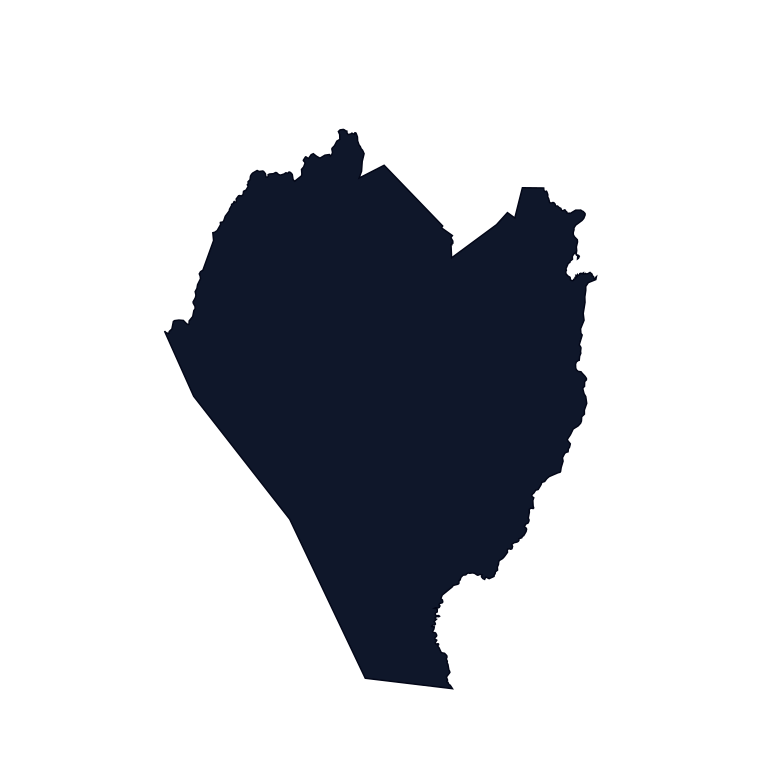 Mosfellsbær, Höfuðborgarsvæði, Iceland, rotated 124°
{"feature_id": "244011B92465939344192", "entity_name": "Mosfellsbær", "entity_type": "district", "adm_level": 2, "iso_a3": "ISL", "parent_name": "Iceland", "parent_adm1": "Höfuðborgarsvæði", "projection": "mercator", "projection_center": [-21.613, 64.146], "detail": "fine", "context": "isolated", "style": "filled", "palette": "ink", "viewbox_px": 768, "rotation_deg": 124, "n_neighbors": 0, "source": "geoboundaries", "source_scale": "gbopen_adm2", "svg_char_len": 6171}
<svg xmlns="http://www.w3.org/2000/svg" viewBox="0 0 768 768"><g transform="rotate(124 384 384)"><path d="M200.2,563.0L201.9,560.3L205.9,557.4L209.0,558.9L214.1,558.3L217.6,558.9L218.4,558.6L220.8,556.2L223.2,555.5L225.1,555.9L224.4,556.9L224.3,557.6L227.3,560.9L232.6,563.4L232.9,567.3L232.6,571.4L234.6,572.6L239.2,572.7L239.4,573.3L239.3,575.3L239.4,575.9L240.0,576.1L243.6,576.0L244.0,575.5L244.4,573.7L245.2,572.9L249.0,572.0L252.2,572.4L256.0,569.4L257.6,568.8L265.9,571.4L265.4,573.7L261.7,577.1L261.1,578.6L261.0,580.6L261.6,581.4L263.1,581.5L263.7,583.3L264.1,583.7L265.4,584.0L268.6,586.5L269.2,588.0L269.3,588.7L268.9,590.6L269.0,591.6L269.4,592.2L271.5,593.3L273.8,596.2L275.2,597.1L276.6,596.1L277.8,596.3L278.3,597.8L276.0,599.9L275.1,602.6L275.2,603.6L277.5,606.2L277.8,606.8L277.8,608.2L278.0,608.6L282.5,610.8L284.3,611.1L286.4,610.9L289.5,609.3L292.4,609.8L293.7,608.6L295.3,608.7L295.7,607.6L296.2,607.1L300.3,606.8L302.8,608.2L305.8,606.7L307.9,607.4L308.6,609.2L309.3,609.8L313.3,610.0L314.7,608.7L316.2,608.4L316.6,609.2L316.5,610.2L317.5,610.3L318.1,609.6L320.3,610.8L321.0,610.2L325.5,609.8L327.1,609.1L333.7,609.4L338.4,608.1L340.4,608.4L340.8,609.4L341.6,610.0L343.3,608.6L350.1,608.1L352.9,609.2L354.3,610.5L360.4,605.5L390.9,597.8L393.5,598.9L396.0,598.7L397.3,596.8L399.3,595.0L405.9,594.1L409.4,592.5L413.0,592.2L415.4,589.7L416.6,589.1L418.2,588.6L422.7,588.2L423.6,587.4L425.3,584.1L427.1,582.7L429.5,582.7L435.0,580.3L440.6,580.8L443.4,579.2L444.3,579.6L444.4,581.5L443.5,585.9L445.7,589.8L448.5,593.0L449.9,593.6L457.0,590.6L460.5,591.4L462.4,590.7L462.7,590.8L463.3,593.4L462.9,595.5L500.6,534.9L548.8,386.6L638.4,235.0L598.3,156.9L596.7,160.7L596.9,162.0L595.5,164.3L595.7,164.9L595.5,165.6L594.0,165.7L592.0,168.4L586.3,168.1L585.4,169.0L584.8,170.3L580.6,174.3L580.0,175.7L578.4,176.5L577.2,178.6L575.1,179.1L574.1,180.1L573.4,183.2L574.5,185.8L574.3,187.0L571.9,190.9L571.3,192.8L570.9,193.2L569.7,192.9L569.1,193.4L569.1,194.0L570.1,194.9L570.5,196.0L569.7,196.9L566.9,197.0L566.9,199.4L566.0,199.9L563.8,199.4L562.8,199.8L561.7,201.6L561.6,202.7L562.3,203.8L562.2,204.9L562.0,205.4L559.3,205.6L557.2,206.5L558.4,208.9L557.9,209.2L556.2,208.5L555.5,207.3L554.4,207.1L553.7,207.7L552.8,209.7L549.7,209.0L550.0,210.2L549.1,211.0L547.6,210.4L546.8,209.6L546.3,208.4L545.5,208.1L545.4,209.2L546.7,210.8L546.8,211.8L546.1,212.9L545.5,213.2L544.6,213.2L543.2,212.4L541.0,213.8L540.8,214.9L541.8,216.9L540.8,216.4L539.2,213.8L538.4,213.3L536.7,213.5L536.3,215.0L535.6,215.1L534.9,215.1L532.8,213.4L531.8,213.4L530.4,214.8L530.1,216.9L526.4,217.7L513.7,213.9L512.4,214.1L508.7,210.8L507.6,210.4L505.0,211.8L503.9,211.3L501.4,212.1L498.3,211.6L496.5,209.5L495.0,209.3L493.4,208.3L493.0,207.1L491.1,205.0L490.3,203.1L490.3,200.0L490.0,199.2L488.2,198.0L487.4,195.8L489.3,195.4L490.0,193.2L489.7,191.3L487.5,191.7L487.0,191.1L486.6,188.0L482.0,185.2L480.6,185.9L479.2,185.8L477.4,186.6L474.8,185.8L472.3,187.7L469.6,188.2L467.4,189.4L465.9,189.7L462.4,188.1L459.9,187.7L454.5,187.5L452.7,188.9L451.4,188.9L450.4,187.9L450.3,186.9L450.0,186.4L449.0,185.8L446.7,186.6L445.6,188.4L443.0,187.5L440.6,185.3L439.3,184.7L438.3,184.7L436.9,185.6L434.4,183.8L433.0,184.1L431.6,183.4L426.9,183.7L424.6,184.6L424.0,185.5L423.8,187.4L423.5,188.0L420.3,188.0L419.0,186.9L417.0,187.1L415.6,187.7L414.5,189.4L409.0,191.8L406.9,193.4L404.9,193.0L403.8,190.7L403.0,190.6L401.8,192.1L397.3,195.5L394.6,196.2L394.5,196.3L394.6,197.9L394.1,199.0L392.5,199.4L390.5,198.8L387.3,198.9L385.2,197.2L379.6,197.5L377.4,198.2L375.0,196.3L371.3,196.1L368.4,195.3L360.4,190.2L358.7,188.7L357.8,188.7L354.2,190.4L347.8,192.4L345.4,194.8L340.4,195.4L338.7,194.7L337.3,193.5L334.5,194.9L332.9,194.8L330.6,195.6L329.4,196.1L328.3,199.7L327.4,201.1L321.9,201.1L315.5,202.0L310.1,199.6L306.5,199.1L304.3,199.6L300.6,201.8L296.9,201.0L293.6,203.3L286.7,205.1L281.6,209.7L280.2,212.7L276.9,216.4L275.6,216.9L273.9,216.4L269.8,219.0L267.4,218.5L266.2,219.3L265.2,221.7L264.2,226.0L263.7,227.5L265.0,230.2L264.7,232.1L263.8,233.8L260.6,236.2L258.2,236.9L255.9,236.1L255.2,235.4L251.5,237.4L248.5,238.0L247.0,239.3L243.9,240.9L243.1,242.1L242.5,243.8L241.9,244.2L233.1,246.9L232.5,247.2L232.0,248.9L231.5,249.4L228.3,251.9L219.3,253.8L214.1,258.3L203.9,263.0L199.5,266.2L193.5,269.1L190.3,271.3L185.7,271.3L179.0,266.8L176.3,267.9L177.1,268.1L178.8,267.5L179.7,267.9L177.9,270.2L177.7,270.9L178.1,271.9L177.8,272.6L177.1,272.4L176.4,273.6L176.5,274.6L176.3,275.6L178.6,276.7L179.7,277.9L179.6,278.7L180.7,279.2L181.0,279.9L180.7,280.2L181.0,280.3L180.4,280.7L181.4,281.0L181.5,281.7L182.0,281.9L182.4,283.0L183.1,283.4L184.0,282.9L185.1,283.5L185.0,283.9L185.4,284.4L185.2,284.7L185.9,284.6L186.4,285.4L186.8,284.3L187.3,284.9L187.7,284.1L188.5,284.5L188.3,284.9L188.8,285.2L189.4,284.3L191.1,285.2L192.1,284.8L193.0,285.7L193.6,287.4L191.5,289.4L191.6,292.0L190.9,294.7L189.4,296.1L187.7,296.4L186.8,297.6L180.9,298.7L179.3,297.9L178.0,298.4L175.2,297.5L173.0,299.2L170.6,299.4L167.2,298.7L169.1,297.3L169.5,296.5L169.4,295.0L172.1,293.5L171.0,293.1L168.9,293.5L168.6,294.7L169.1,296.1L168.6,297.5L165.7,298.8L162.8,301.2L158.0,303.0L156.3,304.4L155.4,308.6L154.2,310.7L152.4,311.9L149.9,312.7L148.4,313.8L145.1,313.9L137.7,311.3L135.0,311.0L131.4,311.8L130.2,312.7L129.6,315.3L129.8,316.1L129.8,318.1L132.7,322.3L138.7,325.1L138.6,325.7L139.2,326.2L139.9,328.1L139.2,328.6L139.1,330.1L138.6,330.7L138.5,331.5L140.4,332.7L140.8,333.9L139.5,335.6L139.8,337.5L139.4,339.6L140.4,341.2L140.3,341.6L139.2,342.7L138.7,344.6L139.1,345.5L140.7,346.7L140.9,348.2L138.3,351.1L137.4,352.8L135.3,354.2L133.8,356.2L133.3,357.1L134.5,358.2L134.1,359.7L132.2,361.2L143.9,379.0L173.2,368.4L172.9,377.5L189.0,379.8L241.6,398.5L231.1,406.3L230.5,405.6L229.4,406.5L228.7,405.7L227.0,406.9L225.3,410.4L222.7,410.3L222.4,423.7L220.2,423.7L202.6,506.2L227.2,519.8L220.1,521.6L211.7,526.5L204.2,529.3L202.2,532.5L201.7,534.6L200.5,536.3L199.7,538.5L197.2,541.8L194.0,544.2L191.7,547.4L191.7,548.1L192.0,548.6L193.5,548.0L194.0,550.9L195.4,551.4L197.3,553.3L196.7,554.9L195.1,556.2L195.7,557.6L195.4,558.6L195.7,560.1L197.9,562.5L200.2,563.0Z" fill="#0f172a" stroke="#020617" stroke-width="1.5"/></g></svg>